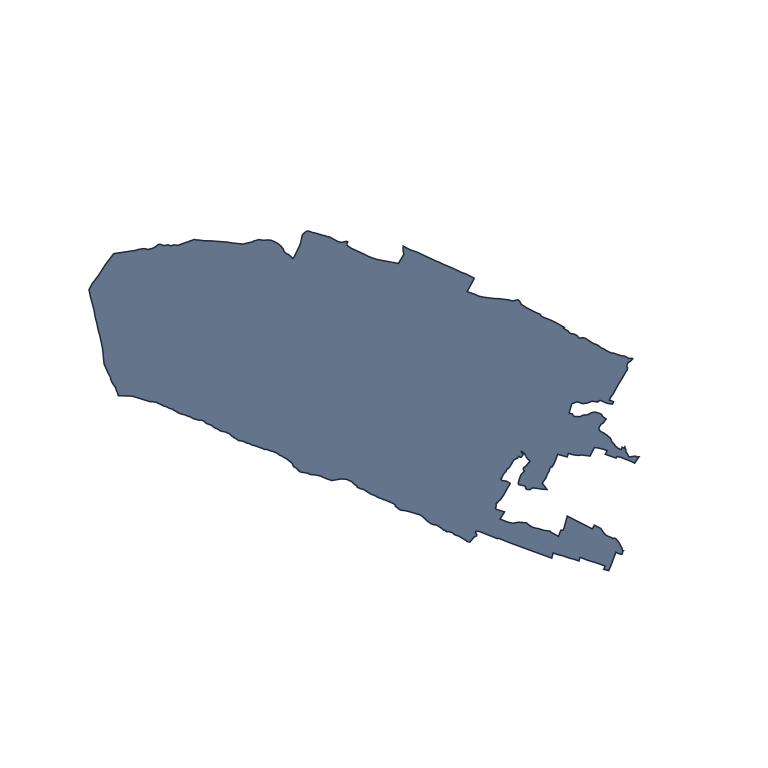 Bogdana, Vaslui, Romania, rotated 309°
{"feature_id": "2599482B6283542308753", "entity_name": "Bogdana", "entity_type": "district", "adm_level": 2, "iso_a3": "ROU", "parent_name": "Romania", "parent_adm1": "Vaslui", "projection": "robinson", "projection_center": [27.624, 46.537], "detail": "fine", "context": "isolated", "style": "filled", "palette": "slate", "viewbox_px": 768, "rotation_deg": 309, "n_neighbors": 0, "source": "geoboundaries", "source_scale": "gbopen_adm2", "svg_char_len": 6154}
<svg xmlns="http://www.w3.org/2000/svg" viewBox="0 0 768 768"><g transform="rotate(309 384 384)"><path d="M539.9,478.9L538.4,472.7L535.8,464.7L535.8,463.2L536.5,461.6L534.9,456.0L532.8,446.1L532.9,444.6L532.5,443.1L532.4,440.3L533.6,437.6L533.9,435.5L533.3,434.7L530.0,432.2L529.1,430.9L527.7,427.6L522.2,419.0L520.4,416.8L514.1,406.7L511.9,402.3L511.2,399.1L508.1,390.4L522.7,387.8L523.0,387.4L521.0,378.1L519.5,374.0L517.2,364.4L514.3,354.5L513.5,350.7L512.3,347.1L507.3,326.8L504.7,319.6L503.2,312.1L499.2,315.3L497.4,317.8L486.7,319.3L476.4,300.2L474.8,296.0L473.2,291.1L472.6,287.6L468.9,273.3L468.5,268.5L469.0,267.4L470.0,266.7L471.6,266.5L471.5,265.3L467.0,261.5L465.6,258.0L464.1,249.2L462.6,246.8L462.2,244.7L461.4,243.7L458.5,236.5L456.7,233.0L455.6,229.5L454.1,227.7L449.8,226.7L447.9,226.9L441.2,230.4L437.0,231.7L426.6,234.1L424.2,234.2L424.5,230.3L424.5,227.8L423.9,226.1L424.0,223.1L425.4,221.1L426.3,217.2L426.4,213.3L425.7,209.4L424.7,205.8L423.0,203.2L420.0,200.1L417.5,195.9L413.6,193.1L411.0,191.8L403.9,186.2L398.1,177.3L395.7,173.0L385.9,158.8L382.1,154.0L378.8,148.6L377.6,147.2L377.2,145.8L362.0,136.5L359.9,133.2L359.0,132.4L357.6,131.9L357.0,131.1L356.5,128.8L353.0,125.8L351.7,122.0L350.2,120.7L346.5,120.0L343.8,118.7L340.0,115.9L338.4,112.5L337.0,111.1L334.4,108.8L330.9,106.3L315.2,91.9L301.8,92.3L288.6,93.8L278.0,94.1L271.6,95.4L267.0,101.0L259.5,111.4L253.8,118.0L250.9,122.1L245.9,128.1L242.9,132.5L237.3,139.5L233.9,143.5L223.5,153.7L218.9,162.6L217.2,167.0L216.0,168.2L213.9,172.0L212.2,177.7L210.4,180.3L209.2,183.0L207.8,184.6L207.8,185.0L216.0,195.8L223.1,213.4L223.7,214.3L224.2,214.6L226.8,219.2L226.8,221.0L227.5,222.3L228.1,226.2L229.3,229.0L230.3,233.5L231.1,234.6L231.5,238.2L232.0,240.2L232.0,241.9L232.6,244.1L235.0,249.4L235.5,251.8L236.3,253.2L237.2,258.1L239.4,263.0L241.0,264.8L241.7,266.6L241.8,267.9L241.5,270.7L243.4,276.1L243.2,279.3L244.4,283.4L244.5,286.2L247.1,291.5L247.5,293.8L248.1,295.0L247.7,298.9L248.1,300.4L247.9,301.4L248.3,303.0L248.6,306.9L250.0,308.6L250.0,309.2L250.8,310.6L251.8,315.0L252.7,316.2L253.7,320.4L254.8,322.6L257.5,330.4L257.8,332.3L259.3,333.8L260.5,337.7L261.8,340.5L263.1,345.4L263.0,348.2L263.8,349.9L263.7,350.7L264.5,355.1L264.6,362.3L263.0,365.5L262.9,366.3L263.5,368.6L262.8,373.4L263.5,375.4L266.9,381.2L266.9,382.7L267.3,383.8L270.6,388.6L272.7,393.2L273.2,395.9L273.9,397.1L274.0,398.4L275.9,403.5L275.9,404.0L282.2,409.5L283.7,411.1L286.4,415.1L286.8,416.4L287.0,418.1L287.6,419.1L287.7,421.2L287.4,424.9L287.7,426.8L286.9,428.3L287.9,431.8L289.2,434.6L290.1,443.1L291.5,447.0L292.0,450.6L293.7,455.4L293.8,456.5L294.4,457.5L297.0,466.5L297.0,469.2L295.9,470.0L296.3,471.1L296.1,471.8L296.4,472.7L296.1,473.4L296.3,476.0L299.7,481.7L305.1,494.7L305.2,497.5L304.7,504.6L305.0,508.7L306.2,511.9L307.1,512.5L307.7,515.1L308.1,519.7L307.9,522.0L308.8,523.5L308.5,525.5L309.9,527.1L311.6,530.8L311.2,532.7L311.7,535.2L312.8,537.6L313.9,545.8L313.8,547.3L315.0,550.2L321.9,550.4L324.2,551.6L325.3,551.0L326.4,548.2L327.1,548.0L329.3,550.6L335.0,568.9L335.2,569.6L336.1,569.9L340.4,583.7L354.2,624.0L359.1,621.8L360.7,626.3L362.8,630.6L365.4,637.9L367.2,641.6L369.1,646.9L372.6,645.4L372.8,645.6L374.9,652.5L378.8,662.1L381.4,669.6L381.6,670.4L378.3,671.4L380.3,676.1L385.5,674.7L399.2,670.1L400.2,674.1L401.3,675.9L401.8,676.1L402.5,675.9L403.9,674.9L404.9,675.0L404.6,674.6L406.1,672.4L408.7,666.3L409.7,661.6L409.2,659.9L408.0,659.2L407.9,657.5L407.0,655.1L406.2,652.0L406.6,648.6L408.1,643.8L408.0,642.3L406.7,636.3L402.5,637.1L396.7,609.5L385.5,614.5L383.0,615.1L381.6,613.4L375.4,615.5L373.8,606.6L374.2,605.6L370.9,600.4L368.7,594.7L367.6,593.0L366.1,589.4L365.6,585.0L365.8,582.4L365.3,581.2L364.2,580.4L363.3,578.0L362.3,577.6L362.0,576.5L361.4,575.6L356.9,571.8L354.3,566.4L352.1,559.2L360.5,558.2L357.3,550.1L357.6,548.8L359.5,548.2L361.7,546.4L362.6,546.4L363.0,546.9L365.2,546.7L366.7,547.3L373.1,546.9L382.2,545.2L385.0,545.1L386.2,544.5L385.6,540.4L383.3,536.5L383.6,534.4L384.9,534.7L388.6,533.7L391.2,533.6L392.7,533.9L394.9,533.2L397.4,534.0L402.6,533.4L404.0,533.0L407.3,532.8L410.4,534.5L412.4,534.2L412.9,536.0L413.5,536.8L416.5,536.6L417.4,536.2L417.3,534.0L417.7,533.3L418.2,533.1L418.4,536.8L416.3,541.8L415.9,546.0L409.7,545.9L406.9,545.2L405.9,545.4L405.1,546.2L404.7,547.9L399.8,547.5L394.6,549.2L391.4,550.8L390.7,551.5L390.6,552.4L393.0,556.7L393.2,557.7L393.1,559.1L392.3,559.3L391.8,560.3L392.2,561.9L394.1,564.2L396.0,564.3L396.8,565.1L398.6,567.6L401.6,572.9L404.6,577.1L406.5,569.4L413.0,569.0L417.1,567.6L420.6,567.2L421.7,566.4L423.7,565.9L424.5,566.0L425.0,566.8L428.9,566.4L434.1,564.9L438.6,563.2L442.6,572.3L446.1,570.9L447.6,574.7L449.3,577.8L450.8,580.0L453.2,582.3L457.7,589.5L466.9,587.5L468.8,590.2L471.4,595.8L472.7,599.3L468.6,600.2L472.5,611.0L474.4,610.8L475.9,613.9L479.3,624.5L480.2,628.6L487.9,628.0L486.2,626.1L486.4,625.0L481.4,620.2L483.1,616.7L483.3,614.7L484.9,613.7L486.7,610.7L485.2,611.0L484.7,608.7L483.8,609.3L482.3,609.6L481.2,606.1L481.5,604.9L481.2,603.1L482.1,601.1L482.5,597.5L483.3,596.3L484.6,593.1L484.3,591.4L484.6,589.1L484.2,587.0L484.3,585.5L483.6,583.1L483.5,581.2L484.1,579.7L485.2,578.7L485.8,578.5L489.4,578.0L491.5,578.9L496.7,578.7L496.3,574.5L497.1,572.9L497.3,571.5L495.5,566.5L494.0,564.5L492.2,563.3L487.9,561.4L487.1,560.7L486.6,559.7L484.9,558.2L481.9,556.8L478.7,552.5L478.5,551.4L479.3,549.1L477.8,546.5L479.0,545.7L486.5,542.5L487.4,542.7L489.1,543.9L490.8,544.6L492.4,546.7L493.1,549.6L494.0,551.0L497.2,554.1L501.7,556.6L504.3,561.3L505.2,561.1L505.7,561.8L507.0,562.0L507.7,563.1L508.6,567.2L509.7,570.2L512.2,574.3L514.7,573.6L513.3,569.2L516.7,568.5L521.4,568.2L532.4,566.2L538.5,565.5L546.2,564.2L547.7,564.3L549.8,563.2L550.4,561.8L551.1,561.2L553.6,560.3L554.9,560.5L556.5,561.2L560.1,561.5L560.2,561.3L560.2,560.8L557.9,558.0L557.2,553.5L555.1,550.4L552.5,543.0L551.1,541.0L549.9,535.7L549.6,532.3L548.8,530.5L548.7,525.3L547.5,521.8L547.0,519.7L546.3,511.7L544.9,509.0L543.1,507.7L542.3,506.1L543.1,504.2L542.9,502.4L542.5,500.5L540.8,497.4L540.5,495.6L541.1,493.8L540.2,488.6L541.5,488.7L539.9,478.9Z" fill="#64748b" stroke="#1e293b" stroke-width="1.5"/></g></svg>